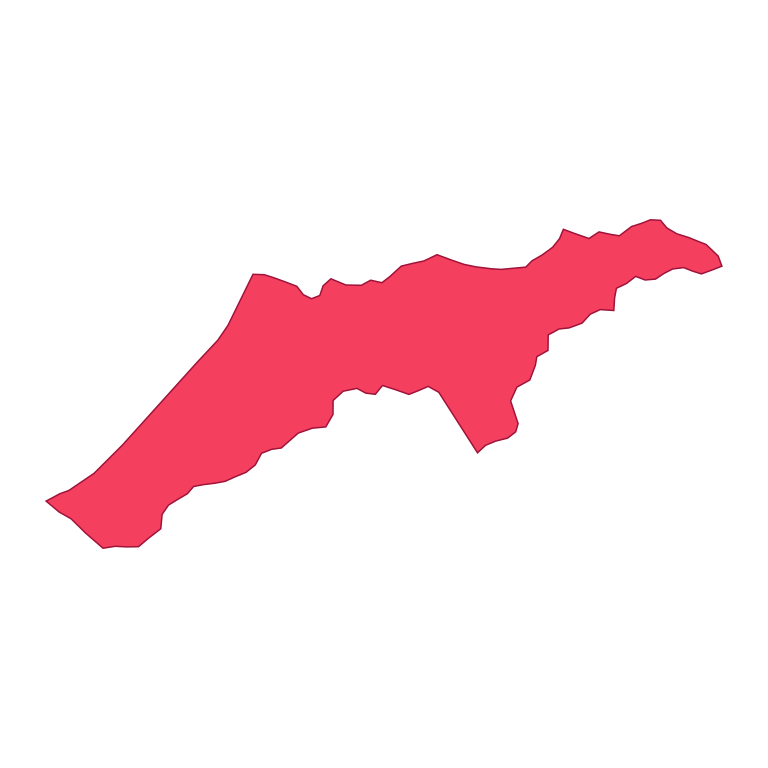 outline of Ruaraka, Nairobi, Kenya
{"feature_id": "3690345B35970113576502", "entity_name": "Ruaraka", "entity_type": "district", "adm_level": 2, "iso_a3": "KEN", "parent_name": "Kenya", "parent_adm1": "Nairobi", "projection": "mercator", "projection_center": [36.884, -1.246], "detail": "fine", "context": "isolated", "style": "filled", "palette": "rose", "viewbox_px": 768, "rotation_deg": 0, "n_neighbors": 0, "source": "geoboundaries", "source_scale": "gbopen_adm2", "svg_char_len": 1613}
<svg xmlns="http://www.w3.org/2000/svg" viewBox="0 0 768 768"><path d="M721.9,266.2L718.2,256.1L706.1,244.5L697.7,241.2L688.9,237.6L676.8,233.8L666.8,227.9L660.5,220.3L650.4,219.8L641.9,223.2L631.6,226.5L619.3,235.8L610.7,234.4L599.0,231.9L589.0,238.5L573.8,233.2L563.4,229.3L559.5,238.7L552.6,247.3L541.8,255.2L532.0,260.8L525.8,267.1L501.1,269.4L491.7,268.8L476.2,266.9L464.1,264.4L451.3,260.0L437.0,254.7L423.8,261.0L413.3,263.2L401.3,266.1L389.7,276.7L381.9,282.7L370.7,280.2L361.3,285.3L345.9,285.0L330.9,278.8L323.1,285.8L319.8,295.5L311.5,298.7L303.3,294.7L296.8,286.3L284.5,281.6L273.1,277.5L264.3,274.7L253.0,274.3L228.0,325.3L217.8,340.2L197.3,362.1L122.4,445.1L94.1,473.3L68.8,490.5L59.9,493.7L46.1,501.1L59.1,512.0L71.1,518.8L85.4,532.9L103.0,548.2L115.3,546.3L126.6,546.9L138.5,546.7L148.4,538.3L160.8,528.7L162.1,514.4L168.5,505.1L178.2,499.1L187.4,493.7L193.6,486.5L203.6,484.6L215.1,483.2L225.2,481.3L234.4,477.1L246.1,472.3L255.3,464.9L261.5,453.3L271.7,449.3L281.3,448.0L298.2,433.1L312.2,428.2L325.8,426.9L333.0,414.4L333.1,400.5L343.2,391.2L357.0,388.4L365.7,393.1L375.3,394.3L382.5,385.5L396.4,390.0L408.9,394.4L417.3,391.1L428.2,386.4L438.8,392.3L477.5,452.8L485.6,445.3L495.3,441.2L507.6,438.1L515.7,431.8L518.1,423.6L510.6,400.9L516.9,387.1L529.8,380.0L535.4,365.2L536.8,356.7L548.0,350.4L548.2,334.9L559.1,329.0L569.1,327.9L582.1,323.1L590.2,314.2L600.2,309.6L613.8,310.5L614.6,298.0L616.4,288.3L626.3,283.6L635.7,276.4L645.1,280.0L655.5,279.1L663.9,273.5L672.6,269.0L683.6,267.6L692.2,271.0L701.4,273.9L711.0,270.4L721.9,266.2Z" fill="#f43f5e" stroke="#9f1239" stroke-width="1.5"/></svg>